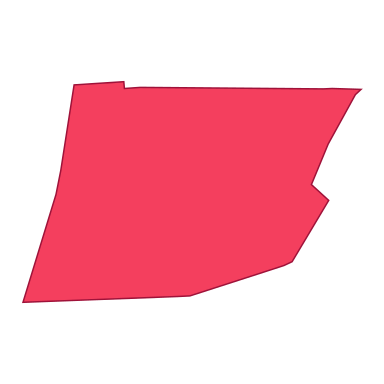 Wyoming, Pennsylvania, United States of America (Mercator projection)
{"feature_id": "52423323B85035932341435", "entity_name": "Wyoming", "entity_type": "district", "adm_level": 2, "iso_a3": "USA", "parent_name": "United States of America", "parent_adm1": "Pennsylvania", "projection": "mercator", "projection_center": [-75.987, 41.514], "detail": "fine", "context": "isolated", "style": "filled", "palette": "rose", "viewbox_px": 384, "rotation_deg": 0, "n_neighbors": 0, "source": "geoboundaries", "source_scale": "gbopen_adm2", "svg_char_len": 370}
<svg xmlns="http://www.w3.org/2000/svg" viewBox="0 0 384 384"><path d="M23.0,302.3L41.3,301.6L177.6,296.5L189.9,295.9L268.3,270.6L284.0,265.5L292.1,261.7L328.7,200.4L311.4,184.6L328.2,144.0L355.4,94.6L361.0,89.4L332.1,88.5L323.4,88.9L140.2,87.4L124.4,88.5L123.8,81.7L74.1,84.9L60.8,170.4L56.0,194.5L23.0,302.3Z" fill="#f43f5e" stroke="#9f1239" stroke-width="1.5"/></svg>